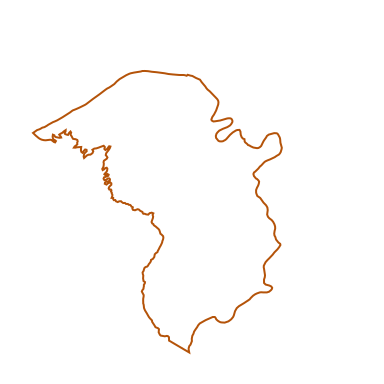 Vitória do Jari, Amapá, Brazil, rotated 238°
{"feature_id": "56859067B90062016450461", "entity_name": "Vitória do Jari", "entity_type": "district", "adm_level": 2, "iso_a3": "BRA", "parent_name": "Brazil", "parent_adm1": "Amapá", "projection": "equal_earth", "projection_center": [-52.026, -1.016], "detail": "fine", "context": "isolated", "style": "outline", "palette": "amber", "viewbox_px": 384, "rotation_deg": 238, "n_neighbors": 0, "source": "geoboundaries", "source_scale": "gbopen_adm2", "svg_char_len": 6044}
<svg xmlns="http://www.w3.org/2000/svg" viewBox="0 0 384 384"><g transform="rotate(238 192 192)"><path d="M293.7,250.4L293.4,249.1L294.9,247.8L295.8,246.7L298.2,242.9L301.8,238.1L304.5,234.6L307.2,231.7L312.3,225.5L315.2,221.7L317.8,218.7L319.6,216.2L320.9,214.1L321.3,212.5L324.0,206.1L325.2,202.8L325.5,201.4L325.9,198.2L326.1,190.5L325.6,186.7L324.7,183.3L324.5,178.8L324.5,176.8L324.7,175.1L324.6,172.9L323.9,165.5L323.4,157.5L322.6,149.0L322.6,147.4L323.2,141.4L323.7,137.8L324.4,133.9L324.1,130.7L324.0,121.8L324.2,115.7L324.6,112.7L324.9,111.3L325.2,105.7L325.1,104.2L325.2,101.3L325.9,99.1L325.9,97.5L326.0,96.0L326.6,93.4L326.3,88.5L322.6,89.4L318.9,90.6L317.3,91.4L316.0,92.3L314.5,93.8L313.4,95.3L311.5,99.4L310.7,100.3L307.6,101.4L306.6,102.2L307.3,103.6L308.6,103.2L310.0,102.3L311.8,102.7L312.9,103.2L314.3,104.4L313.1,105.3L311.9,105.1L310.7,105.6L310.0,106.4L308.2,108.3L307.5,109.9L308.6,110.1L309.8,109.8L311.0,109.8L311.1,111.3L310.9,113.3L311.3,115.3L311.4,117.6L310.3,116.8L309.5,115.2L308.4,115.1L307.2,116.0L306.1,117.1L307.3,119.2L307.7,121.0L306.4,121.0L305.4,119.7L304.3,119.3L303.2,119.5L301.6,119.3L300.1,119.3L299.3,120.2L298.4,121.3L296.9,122.3L295.5,121.9L294.6,120.7L293.2,120.0L292.9,118.3L292.8,116.6L292.2,115.4L291.4,116.6L290.9,118.1L288.9,121.9L287.4,120.7L286.0,119.8L284.6,119.4L283.3,119.9L284.2,122.0L284.7,123.9L283.7,124.9L282.4,124.3L281.7,121.2L280.8,120.1L279.3,118.8L278.0,118.5L278.7,122.3L278.4,124.2L277.5,125.7L277.7,128.2L278.9,129.9L280.6,129.9L280.6,132.1L279.7,134.0L279.1,136.4L278.8,138.1L278.0,141.6L276.3,141.9L275.0,140.5L273.5,140.8L273.5,143.0L274.2,144.5L274.7,146.0L273.8,146.9L272.9,145.8L272.1,144.3L271.4,142.6L270.9,141.1L270.3,139.7L269.0,138.4L267.5,138.6L266.1,138.6L265.4,137.4L265.3,135.8L265.2,133.9L264.2,132.8L262.7,132.2L261.8,131.5L260.9,130.8L260.0,129.8L259.1,128.1L257.9,127.9L257.8,129.5L258.2,131.1L257.8,132.5L256.7,132.6L255.5,131.7L254.5,130.5L254.0,128.6L253.5,127.1L252.4,127.4L252.1,129.8L250.9,130.5L250.1,129.6L250.5,127.6L251.0,125.1L250.1,124.0L248.5,124.0L247.9,125.4L248.0,127.9L247.4,129.0L246.3,129.2L245.3,128.4L245.4,126.3L246.2,124.6L246.1,123.2L245.2,122.4L243.6,123.4L243.9,125.6L243.4,127.8L242.1,128.2L240.9,127.4L240.6,125.8L240.0,124.1L239.1,123.2L237.8,123.2L237.2,124.5L236.2,124.6L235.3,123.5L234.1,123.7L233.2,123.1L232.1,123.1L230.9,122.4L229.6,120.7L228.7,122.0L227.8,121.4L226.5,121.4L225.8,122.7L224.4,122.6L222.8,123.7L222.7,125.3L221.8,126.9L220.8,127.1L219.1,127.8L218.3,129.3L216.9,129.7L215.8,131.3L214.8,131.5L213.8,132.7L212.8,133.0L211.8,132.9L210.4,133.7L209.5,132.6L208.1,132.5L206.7,134.0L206.5,135.5L206.2,136.8L205.2,137.7L203.5,138.1L201.4,139.4L200.4,139.1L199.3,139.2L198.7,140.3L197.4,141.2L196.0,142.9L196.5,144.8L195.8,146.9L194.4,147.9L193.5,146.5L191.7,146.0L190.5,144.9L189.5,143.6L188.0,141.8L186.4,141.6L185.3,142.2L184.1,142.0L181.7,143.0L180.6,143.3L178.4,144.0L177.0,144.1L174.6,143.5L173.4,143.1L172.1,143.6L170.8,143.9L169.8,144.1L168.4,143.5L167.2,142.4L166.0,140.8L165.0,139.9L164.0,138.4L163.1,137.0L162.4,135.6L160.9,133.2L160.3,132.0L159.3,130.8L159.3,129.0L158.9,127.4L157.8,126.4L156.9,125.6L156.0,123.4L156.1,121.2L154.9,120.2L154.1,118.4L153.7,117.1L152.9,115.8L152.5,114.5L152.9,113.2L152.9,111.7L151.9,110.3L150.8,109.2L150.0,107.5L148.5,106.8L147.1,106.5L144.6,104.7L142.1,103.7L140.5,104.4L139.5,103.5L138.8,102.0L137.5,101.2L136.6,100.3L135.6,99.5L135.0,97.8L134.2,96.7L132.9,96.6L130.2,96.4L128.9,95.5L127.4,94.1L125.9,93.1L124.5,92.3L123.4,91.6L122.1,91.3L120.6,90.6L119.2,89.9L117.8,89.6L116.4,89.4L114.3,89.4L113.2,89.4L108.9,89.2L107.2,89.4L104.3,90.0L103.0,89.4L98.5,89.5L96.7,89.4L94.5,91.0L93.2,91.3L90.7,89.4L88.0,89.1L86.8,89.4L84.0,92.5L83.3,94.4L82.5,95.2L81.1,95.5L78.1,93.8L57.4,104.6L60.2,105.7L61.3,106.4L62.8,108.1L63.3,109.8L65.6,112.9L67.6,114.0L69.9,116.1L71.0,118.1L72.5,119.8L73.6,122.2L74.7,124.8L75.7,126.6L76.4,128.9L76.3,131.5L76.1,135.8L75.0,143.4L73.9,145.1L72.8,145.3L71.2,145.1L69.3,145.6L67.8,146.3L66.6,147.0L65.7,148.0L64.9,149.1L63.9,150.5L63.0,154.3L63.1,156.0L63.3,157.9L64.2,160.6L65.2,162.1L68.1,165.3L69.8,168.4L70.3,171.3L70.2,177.4L70.4,184.0L71.0,185.7L71.7,188.8L71.8,191.3L71.6,193.2L70.9,196.4L70.2,197.7L68.9,199.5L67.2,202.2L66.6,204.5L66.9,207.0L67.4,208.3L68.2,209.2L69.8,209.2L71.6,208.1L74.5,205.4L76.7,204.9L79.6,206.7L81.2,208.6L82.7,209.8L88.7,212.4L89.9,212.8L91.4,213.8L93.5,217.2L94.3,219.9L94.9,222.6L96.1,227.2L97.1,229.8L98.1,234.1L99.1,236.8L100.2,238.9L101.3,239.3L103.5,238.5L107.2,238.1L109.6,238.8L111.4,238.9L113.2,239.7L115.3,241.5L116.8,243.1L118.7,244.2L121.0,244.8L123.7,245.0L126.0,244.7L128.9,243.6L130.8,243.3L133.1,243.8L136.5,246.6L138.9,247.7L141.4,247.8L145.2,247.0L150.8,246.7L154.0,245.3L155.8,245.6L157.4,246.0L159.7,247.4L161.2,249.4L162.4,251.5L163.7,253.1L165.2,254.4L166.5,254.5L168.6,254.0L169.6,253.4L172.7,253.0L174.7,253.6L175.7,254.9L175.8,256.4L176.7,260.6L177.6,263.1L177.8,264.8L178.9,268.8L179.1,270.4L178.8,272.8L178.3,275.4L177.7,280.6L177.8,282.9L177.7,285.5L178.1,286.9L178.8,288.3L180.8,290.6L181.9,291.6L186.9,293.1L190.2,294.8L191.8,295.3L195.4,295.5L196.4,295.3L197.3,294.5L198.4,292.8L200.0,287.5L199.8,285.2L199.0,283.8L197.5,280.2L196.6,278.6L194.4,275.1L194.1,273.6L194.1,271.8L194.7,270.4L197.2,267.6L199.8,265.9L201.0,265.4L202.1,264.4L203.3,264.3L206.0,263.4L207.1,263.5L209.0,264.5L210.5,263.4L212.4,263.2L214.8,263.7L217.6,265.1L219.5,265.2L220.6,263.2L220.9,261.8L220.9,258.1L220.3,254.5L218.7,249.2L218.5,247.8L218.7,245.0L219.5,243.4L220.5,242.1L221.5,241.5L225.1,241.1L226.9,241.9L228.4,243.6L229.0,245.1L229.6,247.6L229.2,251.7L228.3,256.4L228.3,259.5L228.8,261.2L229.8,263.1L230.7,263.9L231.8,264.2L233.1,264.2L234.0,263.7L234.9,262.5L235.7,260.9L237.7,253.8L239.7,249.1L240.5,247.5L242.2,246.6L243.3,246.9L244.9,249.1L246.0,251.7L248.3,255.6L252.3,260.6L254.1,262.0L255.7,262.6L257.5,262.6L268.0,260.4L270.6,259.5L272.5,259.2L274.4,259.2L280.0,258.4L283.0,258.3L286.6,255.8L290.2,253.8L291.6,252.3L293.7,250.4Z" fill="none" stroke="#b45309" stroke-width="2"/></g></svg>